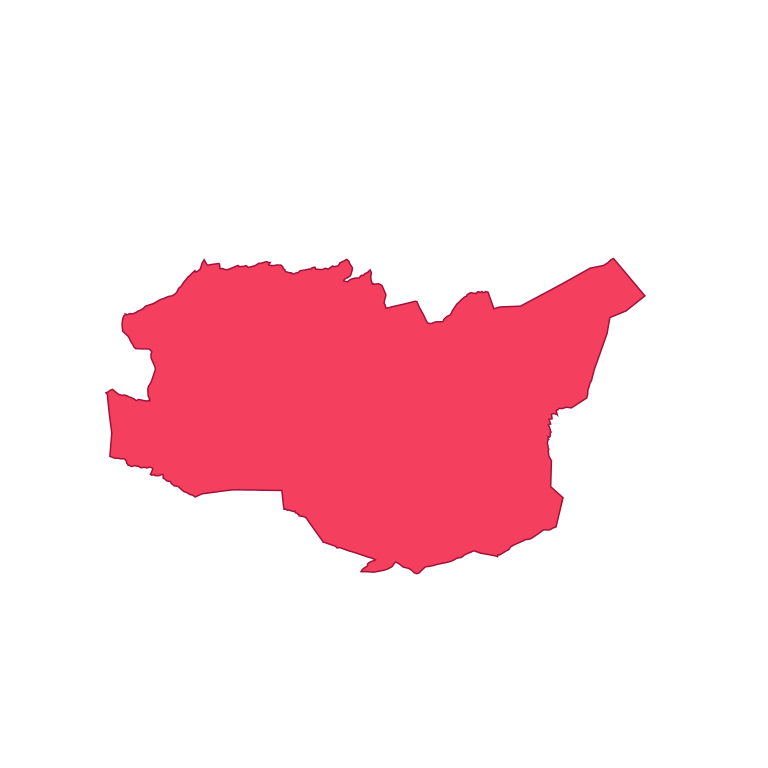 Atlatlahucan, Morelos, Mexico, rotated 50°
{"feature_id": "50627088B89977310862444", "entity_name": "Atlatlahucan", "entity_type": "district", "adm_level": 2, "iso_a3": "MEX", "parent_name": "Mexico", "parent_adm1": "Morelos", "projection": "natural_earth1", "projection_center": [-98.903, 18.941], "detail": "fine", "context": "isolated", "style": "filled", "palette": "rose", "viewbox_px": 768, "rotation_deg": 50, "n_neighbors": 0, "source": "geoboundaries", "source_scale": "gbopen_adm2", "svg_char_len": 6170}
<svg xmlns="http://www.w3.org/2000/svg" viewBox="0 0 768 768"><g transform="rotate(50 384 384)"><path d="M586.2,320.0L569.8,322.3L550.3,305.0L545.2,304.1L540.5,300.9L540.2,299.9L537.4,298.8L536.7,298.0L535.3,297.5L534.0,296.6L532.1,294.2L532.4,293.5L531.2,293.3L529.7,292.2L531.1,291.4L531.0,290.5L528.3,288.0L528.2,286.9L527.6,287.1L525.9,286.0L521.6,284.5L521.0,284.4L521.2,283.3L521.8,282.0L517.1,280.3L518.7,277.6L514.8,275.2L515.7,273.0L518.4,271.2L519.0,271.1L515.0,269.2L515.5,267.1L515.2,265.6L517.3,263.4L519.1,259.1L522.8,255.8L525.0,237.6L522.9,234.7L519.9,231.9L516.8,227.1L515.2,224.8L515.2,224.2L515.0,223.2L510.9,217.6L510.6,217.0L508.4,214.1L488.8,180.8L478.3,168.3L483.6,151.6L484.2,127.5L435.4,127.5L434.7,130.5L435.0,134.7L434.3,139.7L427.8,151.6L421.8,183.0L412.1,229.4L399.7,245.4L398.3,248.4L397.9,249.5L397.0,251.4L383.7,246.5L382.0,245.7L380.2,245.3L379.3,246.5L378.5,246.7L378.6,247.5L378.1,248.4L377.8,249.4L376.8,249.3L376.1,249.5L375.7,251.5L374.1,252.1L373.6,253.2L373.8,253.5L373.8,254.1L374.1,255.1L373.9,255.4L373.6,255.3L371.4,257.7L370.9,257.9L370.1,258.7L369.9,259.5L369.5,259.6L369.0,263.0L369.8,264.3L369.1,266.7L369.2,270.3L369.6,274.6L369.6,276.8L371.7,284.2L373.0,286.8L373.6,289.3L372.7,292.5L372.9,294.9L372.9,296.4L374.1,298.7L373.7,299.4L369.6,304.5L368.3,308.2L367.7,309.4L366.3,310.7L364.9,311.4L360.9,310.5L356.6,309.3L350.7,308.2L350.1,308.0L348.5,307.8L346.4,307.2L342.1,305.8L340.8,306.7L334.0,320.5L332.2,323.8L327.3,333.8L325.3,332.8L323.1,332.1L322.1,332.0L321.5,331.1L319.9,329.4L318.0,326.4L316.7,325.1L307.2,322.2L303.8,323.6L301.6,326.7L301.1,327.8L300.1,327.7L299.9,328.7L295.6,326.8L293.0,324.9L290.9,322.2L287.7,321.3L287.8,323.3L288.0,324.1L287.7,326.2L287.3,327.0L287.2,328.0L287.4,329.2L287.4,330.4L286.5,331.0L286.2,332.5L286.6,334.0L286.9,334.9L284.3,338.0L282.7,341.5L282.3,343.1L282.2,344.2L282.3,346.3L279.1,348.7L278.6,347.9L278.5,346.2L278.7,345.0L279.0,344.2L279.5,340.7L279.0,339.2L277.8,337.4L277.2,336.7L277.3,336.6L276.4,335.3L275.0,333.7L274.6,333.5L269.4,332.8L267.4,332.0L264.5,332.5L263.9,336.1L263.1,338.7L262.9,340.1L263.6,341.5L263.9,343.6L261.9,347.0L260.5,347.6L260.2,352.3L259.8,353.3L258.1,354.1L257.4,355.1L256.9,357.4L253.1,361.5L252.6,362.3L251.5,362.2L250.1,361.8L249.4,363.0L248.8,364.5L248.7,367.0L247.7,367.6L245.8,371.5L243.6,374.9L243.3,376.2L243.5,378.1L243.4,378.7L242.5,379.7L241.5,382.9L240.8,383.4L239.5,383.3L237.7,385.2L236.7,385.7L235.3,386.9L233.9,387.2L232.8,386.5L230.7,387.0L229.0,386.2L226.7,386.5L223.8,389.8L222.8,391.8L221.1,393.8L219.1,395.8L218.5,395.7L217.8,393.1L216.6,394.4L215.6,394.8L214.8,395.4L214.1,396.7L213.9,397.4L213.2,398.7L212.3,401.0L211.3,401.9L210.9,403.4L210.5,406.5L209.6,408.6L207.7,412.5L207.2,413.2L205.7,413.2L204.4,413.8L204.0,415.4L201.3,419.2L199.3,419.7L195.9,430.4L194.2,432.1L191.7,433.5L190.2,435.5L187.0,433.3L186.2,433.0L185.7,433.0L185.3,433.3L182.0,438.6L179.6,442.7L178.7,442.9L173.2,441.9L174.3,445.4L177.6,450.5L177.9,451.7L177.8,453.1L177.9,454.3L177.0,456.5L175.6,456.0L175.8,460.4L176.1,462.9L176.0,465.3L176.8,469.0L177.1,471.0L178.8,476.8L178.7,479.8L180.6,484.1L180.7,486.8L180.2,489.7L178.3,493.0L177.0,497.6L175.6,501.0L174.1,509.2L171.1,516.5L171.1,517.7L171.3,518.6L171.4,521.1L171.0,522.0L170.9,523.1L170.3,524.7L169.9,526.3L169.9,527.7L169.5,528.8L169.3,530.0L168.5,531.6L166.7,533.5L166.4,533.9L166.2,535.9L166.0,536.2L164.9,536.7L164.0,537.3L164.5,537.5L164.7,540.0L166.9,543.2L170.2,546.6L174.4,549.4L175.6,550.3L182.7,549.4L185.4,549.7L188.1,550.6L191.9,551.0L195.2,551.8L197.3,551.4L202.4,545.9L205.7,541.9L207.0,541.2L210.0,541.2L211.6,543.6L214.6,545.8L223.9,548.5L226.1,550.0L232.7,560.9L234.4,565.5L234.2,565.7L235.7,567.8L237.8,569.5L241.4,572.2L242.0,572.5L244.8,573.2L246.3,574.2L245.1,575.1L245.2,576.0L242.4,578.6L239.3,580.9L238.0,582.1L237.6,584.2L237.4,584.5L234.7,585.1L232.3,586.2L229.9,587.6L227.2,588.8L225.3,590.3L224.0,592.3L221.2,594.0L213.5,595.5L212.8,597.8L212.8,600.3L212.0,602.6L214.7,602.8L216.3,604.2L232.1,614.8L246.6,624.1L263.2,640.5L267.9,637.9L269.5,635.8L272.0,633.9L274.4,630.8L276.6,631.0L277.5,630.9L279.1,632.0L280.6,631.9L281.6,632.3L283.0,631.1L284.3,630.9L285.1,630.2L286.2,627.4L287.6,626.6L289.1,625.0L291.8,624.2L293.3,621.9L293.9,621.3L294.4,620.3L296.0,619.7L296.5,618.4L296.6,617.2L296.9,616.9L298.3,616.1L299.6,615.4L300.6,616.0L302.6,619.7L303.0,621.0L303.3,620.9L303.5,620.6L304.3,620.7L304.7,620.2L305.8,618.2L306.9,618.3L308.6,616.6L310.0,614.4L310.0,613.3L311.4,611.4L314.2,613.7L316.1,612.9L318.2,612.8L319.8,611.9L321.0,610.5L321.5,610.3L323.1,610.8L324.4,610.7L327.1,610.2L329.3,608.2L330.5,607.5L335.0,607.0L338.1,606.3L340.6,604.7L343.6,603.9L346.5,601.8L349.1,601.4L351.2,594.0L357.3,584.3L359.0,581.7L360.7,578.8L367.3,568.7L372.1,562.8L377.5,556.6L381.6,551.7L384.5,548.6L399.9,530.7L412.7,539.3L413.3,539.5L415.7,541.1L416.3,540.0L418.5,539.2L418.5,538.7L420.8,537.0L423.4,535.4L424.3,533.9L425.6,534.7L427.2,533.6L428.0,533.8L429.4,533.1L430.4,533.8L434.7,530.2L436.3,529.9L436.9,529.5L437.2,529.5L438.0,529.8L441.6,530.2L454.3,531.2L464.3,532.0L465.8,532.3L476.9,525.5L479.4,525.4L480.6,523.3L482.6,522.0L489.6,518.0L490.6,517.2L496.4,513.5L505.2,508.2L510.2,504.9L513.1,503.7L513.0,504.9L511.6,508.2L511.3,510.4L511.3,512.4L512.6,513.3L512.7,515.1L512.3,516.8L512.2,519.7L512.9,522.2L513.7,521.5L516.4,518.2L520.0,514.4L521.9,512.3L525.9,505.1L528.0,500.4L529.1,495.3L528.3,492.2L528.0,490.2L528.1,489.3L531.3,488.1L533.6,487.5L536.6,487.0L540.8,483.8L541.9,483.3L544.7,482.5L548.1,482.2L550.5,480.7L551.3,478.3L550.9,474.3L550.7,470.9L550.9,469.3L552.7,466.8L554.9,462.6L556.0,460.0L559.3,453.7L560.4,451.9L562.6,447.3L563.7,443.7L564.1,441.1L564.9,438.9L566.3,436.8L566.5,436.3L566.6,435.4L566.7,432.6L566.9,430.9L567.9,428.0L568.1,426.8L568.7,425.8L569.1,423.5L570.0,422.0L575.6,418.8L585.8,410.3L587.6,408.9L589.3,408.0L588.0,406.4L589.2,405.4L590.4,397.8L591.1,394.9L590.2,391.8L590.7,388.2L593.7,377.8L594.2,375.4L595.5,373.8L596.7,371.4L597.2,369.1L597.4,366.6L597.9,361.4L598.1,359.0L598.1,357.3L598.3,355.7L599.9,353.6L602.1,351.2L603.0,347.1L604.0,344.0L586.2,320.0Z" fill="#f43f5e" stroke="#9f1239" stroke-width="1.5"/></g></svg>